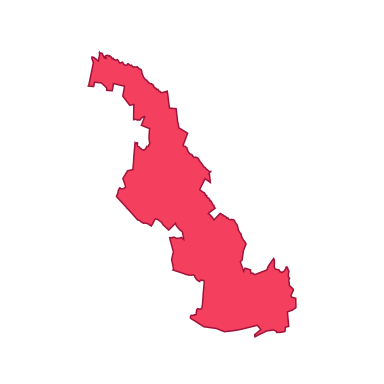 the district of Kesses, Rift Valley, Kenya, rotated 348°
{"feature_id": "3690345B57454670869281", "entity_name": "Kesses", "entity_type": "district", "adm_level": 2, "iso_a3": "KEN", "parent_name": "Kenya", "parent_adm1": "Rift Valley", "projection": "natural_earth1", "projection_center": [35.384, 0.259], "detail": "fine", "context": "isolated", "style": "filled", "palette": "rose", "viewbox_px": 384, "rotation_deg": 348, "n_neighbors": 0, "source": "geoboundaries", "source_scale": "gbopen_adm2", "svg_char_len": 6045}
<svg xmlns="http://www.w3.org/2000/svg" viewBox="0 0 384 384"><g transform="rotate(348 192 192)"><path d="M130.5,36.2L130.2,36.7L130.5,37.5L127.7,44.4L124.0,40.0L122.3,39.1L121.8,40.0L122.4,45.1L113.5,65.5L112.6,66.8L117.7,68.4L119.4,64.3L125.9,66.4L127.2,68.0L130.2,72.5L129.7,74.8L135.0,76.4L136.2,73.7L137.7,69.6L148.0,74.5L144.2,83.9L149.1,94.2L153.3,94.3L149.9,108.9L150.1,109.3L151.4,109.1L152.5,109.5L153.9,110.5L154.4,110.1L155.1,110.3L155.4,110.7L156.1,110.7L156.7,110.5L157.5,109.5L158.0,109.2L161.0,108.2L161.4,108.4L158.4,113.2L156.3,116.2L159.5,118.4L163.7,121.1L162.1,126.6L161.1,130.4L160.7,136.0L160.3,136.2L159.7,136.7L158.7,138.3L157.8,138.3L157.2,138.0L156.4,139.2L155.6,140.1L155.0,140.3L153.9,140.9L153.4,140.6L152.9,140.8L152.4,140.6L151.6,139.8L151.3,139.1L150.0,137.9L149.8,137.1L148.5,136.2L148.3,135.7L148.4,134.1L148.8,133.4L148.9,132.7L148.5,132.3L148.0,132.3L147.5,132.7L146.9,132.2L146.6,131.8L143.0,143.4L140.8,151.3L138.8,157.8L133.4,157.8L130.3,161.1L127.2,164.5L128.0,170.8L128.1,173.5L126.0,174.3L124.6,174.5L123.6,174.2L123.0,173.9L122.6,173.1L122.0,172.9L120.2,175.3L119.9,176.0L119.6,177.1L119.1,177.6L118.8,178.4L117.2,180.5L117.7,181.7L124.5,193.1L125.0,194.3L126.0,195.7L127.7,198.6L133.1,208.1L133.5,208.1L135.5,209.7L136.1,210.9L136.6,211.1L138.0,212.5L138.7,212.6L139.6,212.6L142.1,213.8L143.0,214.6L143.2,215.1L144.3,215.9L145.1,216.8L146.5,215.3L149.8,211.4L150.5,210.7L151.9,211.3L152.7,211.8L155.8,215.1L156.1,215.7L157.0,218.4L157.9,219.4L158.9,221.0L160.5,223.1L160.9,224.1L161.3,224.4L169.3,219.2L169.6,221.4L169.9,222.1L172.1,226.3L174.3,228.8L174.3,232.8L174.0,236.7L172.0,234.2L170.9,234.6L167.8,234.2L167.1,234.1L165.5,232.7L164.1,232.2L163.6,232.7L160.7,232.0L160.7,234.6L161.4,246.5L158.0,253.9L158.0,260.4L157.9,263.7L157.1,264.3L167.2,270.2L169.1,271.6L170.1,271.7L171.5,272.6L173.7,273.1L174.2,273.3L175.3,273.2L176.2,273.5L177.1,274.3L177.2,276.1L178.1,277.8L178.1,278.4L179.5,280.1L180.9,281.2L181.2,280.4L182.0,280.0L182.7,280.2L183.1,280.5L183.5,280.6L184.1,280.4L185.5,281.9L182.8,290.6L181.5,294.9L180.3,299.4L178.0,306.7L177.2,308.0L176.3,308.1L175.8,308.4L173.3,307.3L172.1,308.2L171.9,308.8L171.9,309.3L171.1,310.4L170.9,312.1L170.6,312.6L169.9,312.8L169.0,312.5L167.8,313.0L166.0,312.5L165.5,312.5L164.9,313.0L164.2,314.9L165.3,316.2L175.9,326.5L177.4,326.9L187.3,330.5L194.7,335.4L203.8,336.3L206.2,336.4L211.5,336.5L228.2,336.0L230.8,340.7L227.9,342.4L223.7,344.6L223.7,345.4L223.4,346.1L223.6,346.8L226.7,345.8L236.0,343.5L242.9,343.9L244.1,344.6L245.2,345.5L245.7,347.0L249.4,347.7L253.9,347.8L255.3,343.7L258.7,343.5L260.4,329.1L265.6,328.4L269.6,326.7L271.4,317.5L267.6,315.6L267.4,314.3L267.4,313.6L270.7,309.2L270.9,308.6L270.7,307.8L267.9,303.8L267.9,302.5L268.2,301.6L268.2,299.0L268.3,298.4L269.2,297.1L269.4,296.5L268.9,295.4L268.7,294.4L269.2,293.0L269.3,291.9L270.3,290.0L270.3,289.4L269.9,288.5L269.8,287.0L269.5,285.4L269.2,285.0L268.8,284.9L268.4,285.1L268.1,285.5L267.8,286.5L266.9,287.2L266.3,288.4L265.6,288.6L264.9,288.7L264.3,289.0L263.9,289.4L263.2,289.5L262.6,289.0L262.5,288.6L261.6,288.5L261.0,286.4L257.5,284.7L257.2,284.1L256.9,282.0L257.8,278.9L258.2,276.6L258.4,276.0L258.1,274.1L256.7,275.2L251.2,280.4L249.0,283.8L236.0,285.9L234.6,284.0L232.7,283.8L233.0,280.3L228.0,277.5L226.1,280.3L224.7,270.4L226.8,269.0L229.8,260.9L230.0,260.1L234.1,254.1L233.1,251.1L232.3,249.6L231.8,248.2L231.2,245.6L231.2,243.5L231.1,242.9L230.4,241.8L229.5,239.0L229.3,237.6L229.5,237.0L229.5,236.2L229.3,233.7L229.1,232.9L228.7,232.4L227.9,230.5L227.6,230.0L227.8,229.2L226.9,227.8L226.5,227.8L226.0,227.4L224.8,227.0L223.0,227.0L222.3,226.2L221.9,225.1L221.1,224.5L220.6,224.7L220.0,223.4L219.6,222.9L219.1,222.4L217.8,221.7L217.7,221.1L217.3,220.7L216.8,220.5L216.5,219.8L215.8,219.5L215.1,218.8L207.6,223.9L207.4,223.0L207.1,222.5L207.1,222.1L206.4,220.6L205.6,219.8L205.6,219.0L205.2,218.4L204.5,217.9L204.3,217.3L203.4,216.7L204.0,216.1L211.3,212.6L210.6,211.6L210.5,210.9L210.6,210.3L210.6,209.6L210.2,209.2L209.7,208.9L209.7,208.3L209.0,205.8L208.2,204.1L207.7,204.3L207.6,203.0L207.3,202.1L206.5,201.0L206.0,200.8L205.5,199.9L205.3,199.2L205.7,198.8L205.5,198.3L204.9,198.2L204.4,197.9L204.3,196.3L204.1,195.6L202.8,194.4L202.3,194.1L201.6,193.1L200.7,192.4L200.0,191.4L201.9,188.8L207.6,181.7L211.9,186.5L212.7,178.7L212.0,177.8L214.5,175.8L213.0,175.4L211.6,173.5L211.1,173.1L210.5,172.1L210.2,171.1L208.8,169.9L208.7,169.3L208.3,168.7L208.0,167.4L207.3,166.2L206.9,165.0L206.2,164.2L206.1,163.3L205.6,162.5L205.6,161.7L205.2,161.1L205.1,160.4L204.1,159.4L202.7,158.6L201.3,158.7L200.1,157.2L200.2,156.6L200.0,156.0L199.7,155.6L198.9,154.9L198.0,154.4L196.7,152.0L196.5,151.3L196.4,149.5L196.2,149.1L196.2,147.8L196.0,147.3L195.1,146.6L194.8,145.9L193.7,145.8L193.2,144.8L193.4,143.9L199.9,133.6L192.5,126.5L192.7,121.4L192.5,120.5L193.8,107.2L187.4,105.2L188.3,94.6L188.8,88.2L188.2,88.2L187.1,88.8L186.7,88.4L186.0,88.3L184.7,88.6L183.3,88.5L182.2,88.2L182.1,87.6L181.7,87.5L181.6,86.9L180.6,86.5L180.2,85.0L179.9,84.4L178.5,84.3L178.6,83.7L178.3,83.1L177.7,82.9L177.3,82.0L176.7,81.5L176.5,80.7L176.2,80.1L176.5,79.6L175.7,78.6L175.3,78.4L175.1,77.8L173.5,77.2L172.5,76.1L172.3,75.7L171.4,74.4L170.9,73.1L170.2,72.8L169.8,72.4L168.4,69.3L168.4,68.8L168.0,67.3L167.9,65.7L167.7,65.0L167.9,63.1L167.7,62.0L167.4,61.4L166.3,60.7L165.8,60.2L164.5,58.2L164.1,58.1L163.6,58.2L162.3,58.0L161.8,57.6L160.2,57.4L159.9,57.0L159.4,55.8L159.2,55.4L158.5,55.5L157.4,54.8L156.6,53.8L156.4,53.3L155.5,53.3L155.3,53.9L154.8,54.3L153.8,54.4L153.2,54.2L152.5,53.3L152.0,53.1L151.5,51.9L151.2,50.9L150.8,50.4L149.4,50.9L147.9,50.6L147.7,50.0L147.2,48.3L146.8,47.3L146.4,46.9L145.5,47.2L145.1,47.2L143.9,46.7L143.4,46.3L142.8,44.9L142.4,44.9L142.0,45.2L141.6,44.9L141.3,43.6L140.8,42.8L139.5,41.5L138.9,41.8L138.6,41.3L138.1,40.8L137.5,40.6L135.7,40.8L135.2,41.3L135.4,42.0L135.7,42.6L135.9,43.2L135.5,43.5L134.5,42.7L134.1,42.5L133.6,40.4L133.3,39.9L133.1,38.1L132.7,37.5L131.1,36.9L130.7,36.7L130.5,36.2Z" fill="#f43f5e" stroke="#9f1239" stroke-width="1.5"/></g></svg>